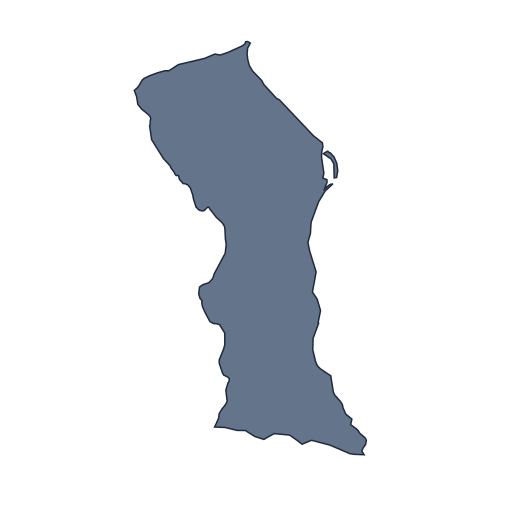 the District of Faro, rotated 261°
{"feature_id": "PRT-745", "entity_name": "Faro", "entity_type": "District", "adm_level": 1, "iso_a3": "PRT", "parent_name": "Portugal", "parent_adm1": "", "projection": "mercator", "projection_center": [-8.165, 37.247], "detail": "fine", "context": "isolated", "style": "filled", "palette": "slate", "viewbox_px": 512, "rotation_deg": 261, "n_neighbors": 0, "source": "natural_earth", "source_scale": "10m", "svg_char_len": 2443}
<svg xmlns="http://www.w3.org/2000/svg" viewBox="0 0 512 512"><g transform="rotate(261 256 256)"><path d="M438.6,161.7L440.8,165.2L442.9,167.3L447.5,171.1L448.9,173.2L450.8,179.5L452.4,187.7L453.2,195.1L452.6,198.9L457.2,209.3L459.2,236.0L461.9,247.0L460.1,252.1L461.4,259.7L465.4,274.4L466.1,276.0L466.7,277.4L467.5,278.5L469.2,279.2L469.2,281.2L467.2,283.7L462.7,280.3L457.0,278.8L450.9,278.6L445.2,279.2L439.4,281.4L428.6,289.0L424.1,290.6L408.6,300.8L406.5,303.6L366.1,331.3L357.3,339.3L353.4,339.2L349.2,337.4L343.6,336.2L327.1,336.0L322.6,334.2L320.3,338.0L317.4,337.6L314.0,335.5L311.5,334.2L314.1,338.3L315.0,340.4L315.3,343.3L309.3,334.4L299.7,326.3L280.7,315.7L269.8,313.3L261.3,309.4L252.3,309.8L230.9,312.9L221.8,309.7L211.6,306.1L203.7,309.7L192.0,311.2L180.4,306.9L179.9,307.4L165.7,299.5L154.3,297.4L141.9,298.4L137.9,299.5L134.4,302.0L126.0,311.1L109.6,311.1L106.4,312.0L99.5,316.4L96.0,318.0L92.0,318.3L85.7,320.0L79.9,325.2L74.6,323.1L69.8,327.9L67.6,329.6L64.8,330.7L59.5,335.2L56.7,336.2L52.6,334.7L49.7,331.8L46.8,330.0L42.8,331.7L44.7,322.3L46.1,317.7L47.4,315.7L57.8,299.2L61.8,290.0L65.3,282.0L62.9,272.1L67.7,267.5L73.9,261.1L77.7,246.2L75.7,240.4L73.6,235.1L77.9,226.6L85.3,218.2L86.7,210.0L91.4,198.9L93.6,188.3L96.8,190.6L101.9,193.8L106.1,195.0L110.3,198.5L112.6,201.2L115.1,203.5L117.2,204.8L128.1,205.2L135.1,208.5L136.6,209.9L139.2,210.4L140.7,209.2L142.1,207.4L143.4,205.5L145.6,204.6L155.9,202.9L159.1,203.4L169.3,209.5L173.3,211.3L184.8,213.1L189.5,211.1L194.0,209.2L195.4,206.0L195.9,203.6L197.6,201.2L198.6,200.2L209.0,196.6L214.6,195.2L217.7,195.1L220.4,195.6L222.8,194.1L227.5,193.5L234.2,195.4L236.1,199.3L236.8,204.1L237.5,206.1L240.8,209.9L244.9,211.9L263.5,226.0L272.1,228.4L277.4,228.4L287.4,229.5L290.3,229.5L294.3,227.7L300.3,222.9L309.6,217.8L311.6,217.0L311.6,215.5L309.5,212.7L308.8,211.4L309.2,209.1L310.3,206.9L313.8,204.4L322.6,203.1L326.1,203.1L333.5,201.8L337.0,199.7L338.4,197.4L338.9,195.4L343.6,192.4L347.6,192.0L348.0,189.7L349.6,188.8L351.8,188.2L356.6,185.6L358.3,185.5L359.8,184.4L361.6,183.3L366.3,180.0L387.2,171.1L401.3,171.3L402.8,172.1L406.6,172.8L408.2,173.6L410.6,173.1L413.5,171.0L418.8,166.1L424.3,163.0L432.0,163.0L438.6,161.7L438.6,161.7ZM320.9,345.4L334.7,347.3L340.1,345.3L346.4,338.7L347.1,339.7L347.5,340.8L348.3,343.3L346.7,344.4L346.4,345.4L341.5,348.6L334.8,350.3L327.4,350.1L320.9,347.9L320.9,345.4Z" fill="#64748b" stroke="#1e293b" stroke-width="1.5"/></g></svg>